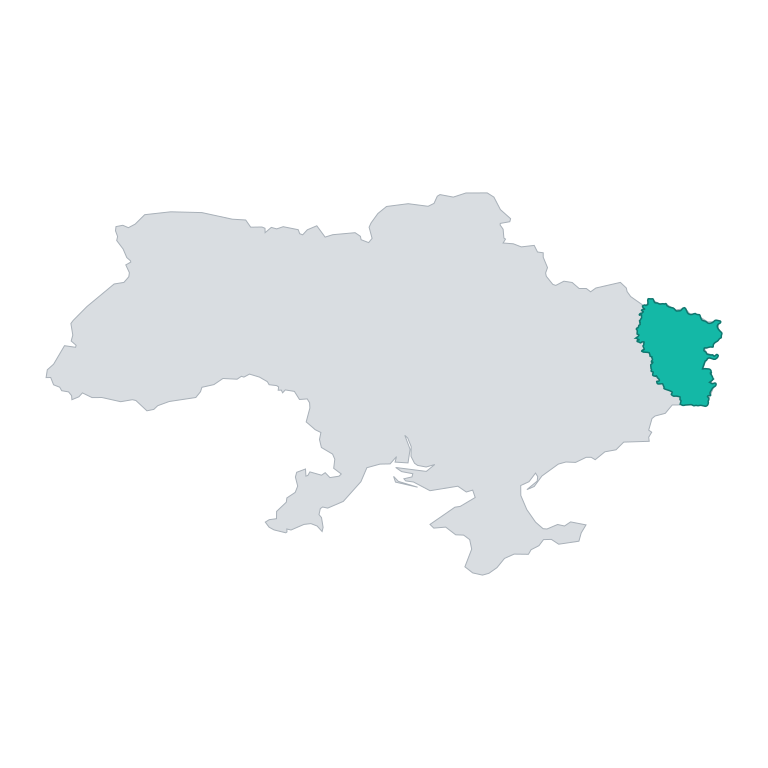 Luhans'k on a map of Ukraine (Equal Earth projection)
{"feature_id": "UKR-329", "entity_name": "Luhans'k", "entity_type": "Region", "adm_level": 1, "iso_a3": "UKR", "parent_name": "Ukraine", "parent_adm1": "", "projection": "equal_earth", "projection_center": [38.683, 48.937], "detail": "fine", "context": "in_parent", "style": "filled", "palette": "teal", "viewbox_px": 768, "rotation_deg": 0, "n_neighbors": 0, "source": "natural_earth", "source_scale": "10m", "svg_char_len": 9582}
<svg xmlns="http://www.w3.org/2000/svg" viewBox="0 0 768 768"><path d="M526.8,509.6L535.6,522.2L543.1,528.7L547.0,529.0L557.6,524.5L564.5,526.0L570.6,521.9L586.0,524.9L581.2,532.9L578.9,541.2L558.7,544.2L551.4,539.4L543.5,539.6L539.0,545.6L531.1,549.7L528.4,554.3L514.1,554.1L504.5,558.4L497.0,567.6L488.9,573.3L482.5,575.1L472.7,572.9L464.9,566.8L471.7,549.1L469.7,539.6L463.6,535.1L455.7,534.8L445.7,527.1L433.8,528.1L430.0,524.4L454.9,507.2L460.2,506.4L475.2,497.5L472.7,490.1L466.3,492.0L457.8,486.2L430.0,490.7L413.5,482.0L405.7,480.9L403.9,478.8L412.0,476.9L412.8,473.7L401.6,471.6L395.7,467.5L426.3,471.4L434.8,464.5L426.2,467.0L417.6,465.4L414.5,463.2L411.0,456.3L411.2,446.6L407.7,438.0L404.8,435.3L410.1,449.3L408.0,462.9L395.1,462.1L396.5,456.6L390.1,463.9L380.0,464.1L366.9,467.7L360.9,481.7L343.3,501.4L327.7,508.1L322.6,507.0L320.3,508.6L319.0,514.6L321.5,517.6L323.1,527.4L322.1,531.5L317.1,526.0L310.9,523.6L304.0,524.4L291.0,530.0L286.8,529.0L287.0,531.9L285.8,532.8L274.0,529.9L269.1,527.2L265.3,522.1L269.2,519.7L276.5,518.7L276.6,511.4L286.3,502.2L286.9,497.9L295.2,492.4L297.7,486.1L295.4,477.0L296.7,472.3L305.5,469.0L305.9,476.1L307.8,475.5L309.9,471.9L321.5,475.2L325.2,472.7L329.9,477.6L339.0,476.2L341.3,474.0L333.7,468.3L334.8,459.2L332.6,454.1L321.4,447.5L319.5,439.5L320.9,432.5L315.2,429.7L306.2,421.9L309.9,408.0L309.6,402.8L307.2,398.9L299.5,399.5L294.4,391.4L285.3,389.9L282.6,392.8L281.3,390.1L278.2,390.2L278.6,386.9L276.6,385.6L269.1,384.7L267.4,381.7L259.5,377.1L249.5,374.1L243.9,377.1L241.4,376.3L237.1,379.2L222.9,378.5L213.9,384.6L201.9,387.3L200.5,391.7L195.8,397.5L169.2,401.5L157.7,405.7L153.8,409.4L146.9,410.8L135.9,400.5L132.4,399.7L120.7,401.7L101.9,397.5L92.1,397.6L82.4,392.9L78.9,396.8L71.9,399.7L71.6,395.7L68.6,391.9L61.7,390.7L59.7,387.2L53.6,384.8L50.7,377.5L46.1,377.6L47.3,369.8L53.6,364.2L64.5,345.7L75.6,347.3L76.1,345.3L71.2,341.0L72.8,335.1L70.9,323.5L73.3,320.3L87.0,306.5L114.1,284.0L123.9,282.4L128.8,276.8L129.4,272.7L125.8,264.9L130.8,262.1L130.5,260.8L126.8,257.6L123.1,249.0L116.7,240.5L117.6,236.5L115.5,230.8L116.0,226.6L122.8,225.3L128.4,227.7L135.2,224.1L144.7,214.7L170.7,211.8L201.9,212.6L232.3,219.2L245.7,220.0L250.7,227.2L261.9,227.0L265.0,228.3L265.1,232.7L271.3,227.4L276.7,228.9L283.2,226.7L298.2,229.7L299.7,233.7L302.7,234.8L307.3,229.8L316.8,225.8L325.1,237.1L332.8,234.7L355.1,232.7L360.4,236.3L361.1,239.7L368.6,242.6L372.1,238.4L369.1,227.2L371.1,222.9L377.9,213.5L386.5,206.5L408.2,203.7L428.1,206.3L434.0,203.4L437.3,196.2L440.0,194.6L453.3,197.1L465.9,193.0L487.2,192.9L493.9,197.1L500.4,209.6L510.6,218.7L509.8,221.7L500.3,223.4L500.1,225.0L503.1,229.2L503.9,238.0L505.5,239.1L503.1,243.0L513.3,243.8L521.3,246.9L534.2,245.4L537.5,252.0L543.2,252.8L543.2,257.2L547.5,267.6L545.6,273.0L546.3,276.3L552.8,284.4L555.8,285.4L563.9,281.2L572.2,282.5L579.1,288.5L586.3,288.5L590.6,291.8L595.9,288.0L620.4,282.4L626.3,288.0L627.1,291.6L630.7,296.6L643.4,305.5L647.1,304.6L648.2,300.5L651.2,299.2L658.3,303.4L665.6,303.9L675.7,310.0L685.2,308.5L689.9,313.9L695.9,314.5L707.7,321.9L718.9,321.7L718.1,328.6L720.7,331.6L720.1,337.1L712.0,346.1L704.4,348.8L706.9,353.2L715.8,356.2L716.3,357.6L708.4,358.3L705.2,361.6L703.0,368.7L710.1,371.0L712.2,379.8L710.7,382.5L714.8,384.2L706.6,404.6L672.2,405.0L665.3,413.3L655.1,416.0L652.0,418.5L648.7,430.1L651.7,432.2L648.7,437.2L649.2,441.3L623.7,442.1L616.0,449.8L604.9,451.8L595.2,459.7L591.2,457.3L586.2,457.3L575.6,462.4L565.9,462.0L558.3,464.1L541.9,476.0L534.2,486.5L526.9,489.6L537.2,481.1L537.7,476.6L535.5,473.1L529.0,481.7L520.7,485.5L520.8,495.5L526.8,509.6ZM417.6,487.2L395.5,482.1L393.6,476.4L398.4,481.4L417.6,487.2Z" fill="#d9dde1" stroke="#a8b0b8" stroke-width="1"/><path d="M648.7,298.7L651.0,298.9L652.1,298.8L652.8,298.8L653.3,299.4L654.4,302.1L654.8,302.6L655.6,302.9L657.2,303.0L657.9,303.2L658.7,303.7L660.1,304.1L662.8,303.7L664.6,304.0L664.9,303.9L665.3,303.7L666.2,303.5L666.3,303.3L666.2,303.5L666.6,304.4L666.7,305.1L666.9,305.6L667.1,305.8L669.3,307.1L673.2,308.0L674.5,309.0L675.4,310.2L676.4,311.0L679.9,310.8L680.5,310.6L681.2,310.1L682.4,308.7L683.0,308.1L684.5,307.7L685.5,308.4L687.5,312.8L688.4,313.8L689.5,314.3L690.9,314.6L692.3,314.4L693.8,313.8L695.2,313.5L696.5,314.3L697.2,314.5L699.4,314.7L699.9,315.2L700.3,316.3L700.9,318.3L701.9,320.0L703.0,320.6L704.3,320.9L705.8,321.5L707.8,323.0L708.5,323.3L709.5,323.4L710.7,323.2L711.8,322.8L712.7,322.4L714.9,320.5L715.8,320.2L716.5,320.2L720.2,321.0L720.7,321.6L720.6,322.5L720.0,323.2L718.6,323.9L717.9,324.4L717.2,326.0L717.5,327.5L718.2,328.9L719.7,330.8L721.5,332.5L721.9,333.2L721.8,334.1L721.3,335.7L721.3,337.4L721.0,337.9L720.1,338.3L719.4,338.8L718.2,340.4L717.5,341.1L715.3,342.4L714.3,343.2L713.5,344.3L713.3,345.0L713.2,346.4L713.1,346.9L712.6,347.1L712.0,347.1L710.9,347.0L709.8,347.0L706.7,347.9L704.8,347.8L704.2,348.2L703.9,350.6L704.5,351.2L705.2,351.6L705.9,352.1L706.4,353.0L706.7,353.7L707.1,354.1L708.0,354.5L711.0,355.0L712.3,354.9L712.7,354.9L713.1,355.2L713.8,356.0L714.3,356.2L715.1,355.8L715.8,355.1L716.5,354.5L717.4,354.6L718.2,355.4L718.1,356.3L717.6,357.3L716.9,358.1L715.3,359.2L713.8,359.3L709.6,357.9L708.7,358.0L707.9,358.3L707.2,359.0L706.9,359.6L706.6,360.1L706.3,360.5L705.4,360.9L705.1,361.2L702.8,367.7L702.5,368.9L703.9,368.8L704.7,368.6L709.1,369.0L710.1,369.5L710.9,370.4L711.1,371.6L711.2,372.0L711.4,372.6L711.3,373.0L710.9,373.1L710.6,373.1L710.4,373.1L710.5,373.9L710.9,374.2L711.2,374.5L712.4,376.7L712.8,378.0L713.1,378.6L713.5,379.0L712.7,379.7L712.0,380.5L709.5,382.3L712.1,383.7L712.8,383.6L714.8,383.0L715.6,383.2L716.1,384.0L716.0,384.9L715.6,385.8L714.9,386.4L713.1,387.6L712.4,388.3L710.6,391.4L710.1,392.3L710.0,393.4L710.6,394.9L710.6,395.4L710.5,395.5L710.2,395.4L708.2,395.7L707.8,396.0L707.5,396.4L707.5,396.7L707.8,396.9L708.2,397.5L708.8,398.5L708.8,399.0L708.8,399.8L708.6,400.2L708.2,400.9L708.1,401.3L708.2,401.7L708.3,402.3L708.4,402.6L708.1,404.0L707.5,405.2L706.5,406.0L705.3,406.3L701.5,405.4L700.4,405.3L698.1,405.7L697.0,405.6L696.1,405.3L694.5,405.7L693.6,405.7L693.0,405.4L691.7,404.7L690.9,404.6L685.4,405.0L683.9,405.4L683.2,405.4L682.4,405.3L680.4,404.1L680.2,404.1L680.3,403.6L681.0,401.1L680.9,400.4L680.4,400.1L680.2,399.9L680.0,399.6L680.0,399.1L680.1,397.5L680.0,397.1L679.9,396.8L676.4,396.1L673.7,396.2L673.3,396.0L672.9,395.8L671.9,395.1L671.5,394.7L671.3,394.4L671.4,394.0L671.5,393.8L671.7,393.5L672.0,393.0L672.1,392.8L672.2,392.6L672.1,392.2L672.0,391.9L671.9,391.8L669.7,390.7L665.0,389.1L664.2,388.7L663.9,388.3L664.1,387.2L664.0,386.9L663.4,385.7L663.2,385.2L663.1,384.8L662.9,384.3L662.7,383.9L662.4,383.7L658.6,384.0L658.0,383.9L657.5,383.7L657.3,383.5L657.2,383.4L657.0,382.7L656.7,381.8L656.7,381.5L656.8,381.4L657.0,381.3L658.7,381.1L659.0,380.9L659.2,380.7L659.4,380.4L659.4,380.1L659.3,379.9L658.8,379.0L658.5,378.6L657.7,378.0L657.3,377.6L657.1,377.1L657.0,376.7L656.6,376.1L656.3,375.8L656.1,375.8L655.6,376.2L655.4,376.3L655.2,376.3L654.5,376.0L653.8,375.9L653.5,375.8L653.0,375.5L652.8,375.2L652.7,375.0L652.7,374.7L652.7,374.3L652.8,373.7L653.1,372.9L653.1,372.5L653.1,372.1L653.0,371.9L652.8,371.8L652.2,371.7L651.7,371.5L651.3,371.3L651.2,371.1L651.1,370.9L651.2,370.6L651.5,369.8L651.5,369.5L651.4,369.2L650.9,368.0L651.0,367.3L650.8,366.4L650.7,365.0L650.8,364.7L651.2,364.3L652.0,363.6L652.6,362.9L652.8,362.6L652.8,362.3L652.8,362.1L652.6,362.0L651.6,362.2L651.4,361.9L651.4,361.5L651.5,361.1L652.2,360.1L652.4,359.7L652.5,359.5L652.5,359.2L652.3,358.7L652.0,358.1L651.9,357.8L651.8,357.6L651.9,357.3L651.9,357.0L651.9,356.8L651.7,356.7L650.5,356.4L650.2,356.3L650.0,356.1L650.0,355.9L650.0,355.2L649.9,354.9L649.8,354.4L649.4,353.3L649.3,352.8L647.8,352.4L643.6,352.1L643.3,352.1L643.1,352.0L642.7,351.7L641.8,351.3L641.7,351.2L641.9,350.6L642.0,350.5L642.2,350.4L642.4,350.3L642.8,350.4L643.0,350.2L643.0,349.9L643.1,349.7L643.9,349.6L644.0,349.6L644.3,349.2L643.3,346.8L643.0,346.2L643.0,345.8L643.6,345.2L643.8,344.8L643.8,344.6L643.8,343.9L643.8,343.5L644.1,342.3L644.1,342.1L643.8,341.9L642.2,341.9L641.9,342.0L640.8,342.8L640.4,342.9L640.2,342.8L639.2,342.2L637.6,341.7L637.2,341.5L637.1,341.3L637.1,341.1L637.4,340.3L637.5,340.2L638.7,340.1L638.9,340.0L639.0,339.9L639.0,339.6L638.8,339.5L638.6,339.4L638.0,339.3L637.6,339.2L637.0,338.6L636.6,338.3L636.2,338.1L635.8,338.1L636.7,337.4L637.7,336.8L638.2,336.3L638.7,335.6L638.9,335.3L638.9,335.0L638.8,334.9L638.6,334.6L638.1,334.4L637.4,334.3L637.2,334.2L637.1,333.9L637.1,333.3L637.3,330.9L637.3,330.6L637.0,330.0L636.4,329.3L636.3,329.0L636.4,328.8L636.5,328.7L636.9,328.1L637.2,327.9L637.8,327.8L638.0,327.7L638.4,327.0L638.6,326.2L638.8,325.5L638.9,325.4L639.0,325.2L639.8,324.8L640.0,324.6L640.2,324.4L640.2,324.2L640.2,323.9L639.8,322.9L639.8,322.7L640.2,322.5L640.2,322.3L640.2,322.2L639.8,321.7L639.5,321.0L639.5,320.8L639.6,320.5L640.0,320.3L640.2,320.2L640.4,319.9L640.7,319.1L640.9,318.8L641.3,318.4L641.5,318.1L641.6,317.7L641.6,317.4L641.5,316.8L641.6,315.5L641.6,315.3L641.5,315.1L641.3,314.9L641.1,314.8L640.8,314.8L639.8,315.2L639.6,315.2L639.4,315.0L639.3,314.8L639.4,314.6L639.4,314.4L639.9,313.8L640.3,313.5L640.4,313.4L640.6,313.3L641.5,313.5L641.8,313.5L642.1,312.8L642.3,312.5L642.5,312.4L643.0,312.1L643.3,311.9L643.3,311.7L643.2,311.6L641.7,310.6L641.5,310.3L641.6,310.1L641.8,309.9L642.5,309.6L643.2,309.4L644.2,309.3L644.4,309.3L644.6,309.1L644.5,308.8L643.7,308.4L643.2,307.9L642.6,306.7L642.5,306.0L644.1,305.1L644.6,305.0L645.0,305.1L645.6,305.4L646.0,305.5L647.8,304.5L648.0,302.4L647.7,300.3L648.1,298.9L648.7,298.7Z" fill="#14b8a6" stroke="#0f766e" stroke-width="1.5"/></svg>